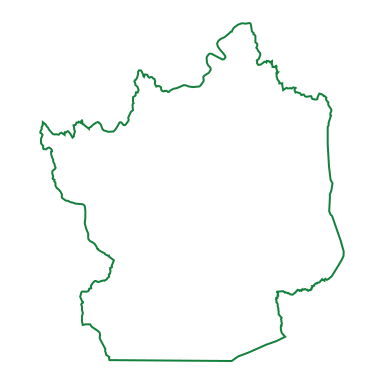 Siem Pang, Stœng Trêng, Cambodia (Natural Earth projection)
{"feature_id": "14789045B29647510840066", "entity_name": "Siem Pang", "entity_type": "district", "adm_level": 2, "iso_a3": "KHM", "parent_name": "Cambodia", "parent_adm1": "Stœng Trêng", "projection": "natural_earth1", "projection_center": [106.38, 14.216], "detail": "fine", "context": "isolated", "style": "outline", "palette": "green", "viewbox_px": 384, "rotation_deg": 0, "n_neighbors": 0, "source": "geoboundaries", "source_scale": "gbopen_adm2", "svg_char_len": 5809}
<svg xmlns="http://www.w3.org/2000/svg" viewBox="0 0 384 384"><path d="M331.0,115.6L330.4,115.5L330.3,114.3L330.4,112.9L331.3,111.4L331.3,109.4L328.5,105.4L328.2,104.1L328.3,102.1L327.4,101.6L326.3,100.0L326.0,99.0L326.4,97.8L324.7,96.1L323.6,96.0L323.3,95.2L321.2,94.0L319.3,93.6L317.6,97.1L317.3,99.1L315.8,99.6L312.6,99.0L311.9,98.4L311.4,96.6L310.9,96.1L306.1,96.8L304.9,96.2L303.9,94.6L303.1,94.5L301.3,95.1L300.2,93.3L296.4,92.1L295.5,92.5L294.5,90.1L294.9,88.8L295.7,88.0L295.4,87.8L294.7,88.1L293.6,87.4L292.7,87.7L291.6,88.6L290.4,88.1L288.0,88.5L286.5,87.8L283.2,90.1L282.2,84.9L282.3,83.3L279.3,83.4L279.4,81.9L277.4,79.4L277.3,78.4L276.6,76.6L276.6,74.1L277.9,72.5L276.6,72.6L277.3,70.9L276.2,68.5L276.6,66.4L276.1,65.8L274.3,67.1L272.5,67.0L272.3,64.9L271.5,63.9L271.9,63.4L272.0,61.1L270.0,62.3L268.9,61.2L266.9,60.9L266.4,62.5L265.1,61.6L264.6,61.7L260.7,64.6L258.2,64.9L257.9,64.5L257.0,63.0L257.2,61.2L256.8,60.6L257.1,60.1L258.7,59.1L260.2,55.4L260.2,53.7L259.8,52.6L258.3,51.1L257.1,48.6L256.3,47.8L257.1,46.3L257.3,44.0L255.4,42.2L255.4,35.9L254.6,34.8L253.5,34.3L253.7,33.2L252.0,31.5L250.8,24.5L250.5,23.7L249.7,23.0L245.9,23.6L241.7,23.3L237.8,24.8L234.0,27.6L232.4,30.0L231.9,31.6L230.7,31.8L228.5,34.0L224.5,37.2L220.6,39.0L218.5,40.7L217.1,43.4L217.8,46.5L219.9,49.5L224.1,54.4L225.3,56.3L225.4,57.3L224.0,59.2L222.4,59.5L211.3,53.7L209.4,53.8L208.5,54.6L207.0,56.6L206.6,58.0L207.0,62.8L208.2,65.4L210.3,67.5L210.7,68.6L210.6,69.9L208.9,72.7L204.3,75.7L203.5,76.6L203.3,77.3L203.7,80.3L203.4,81.6L200.2,85.9L199.2,86.5L192.7,87.1L188.5,86.4L186.3,85.5L183.9,85.1L177.0,88.1L173.4,88.8L170.1,90.6L168.9,91.9L168.1,92.0L166.5,90.8L165.7,91.1L164.6,90.8L163.7,91.4L162.4,91.1L161.2,89.6L161.0,87.4L160.5,86.8L159.2,86.2L158.0,86.0L156.3,86.6L154.8,83.7L155.2,81.3L154.4,78.9L153.4,78.7L152.0,77.1L150.9,77.0L149.3,77.7L148.3,76.9L147.4,74.9L145.2,74.4L144.8,74.5L144.0,76.9L143.4,76.2L143.1,74.5L141.2,70.6L139.1,70.3L138.0,71.9L138.2,73.5L137.1,77.8L135.8,79.8L134.8,80.3L134.4,81.6L135.1,82.6L135.5,85.1L137.5,86.9L138.6,90.0L137.6,92.6L136.2,92.2L135.8,92.9L135.5,95.6L133.1,97.1L132.9,101.4L133.6,103.1L132.8,103.9L132.5,105.4L133.0,110.1L130.8,112.0L128.2,117.7L128.7,119.9L128.4,120.8L125.7,124.6L124.9,125.1L123.5,125.0L121.2,122.4L120.1,122.2L119.1,123.0L118.2,125.1L115.4,129.5L113.5,131.5L108.2,131.8L103.5,130.3L102.3,128.7L100.9,124.9L100.1,123.6L99.1,123.1L98.5,122.2L97.7,122.1L96.1,122.7L93.0,124.8L90.8,127.0L88.7,128.0L88.8,128.7L84.3,125.1L84.0,124.5L83.0,124.3L82.6,123.8L82.2,120.9L81.9,120.4L81.2,121.1L81.0,123.0L78.7,121.7L78.2,122.5L76.6,122.5L75.5,124.9L73.5,125.3L74.2,127.7L74.3,130.0L75.0,131.5L73.8,135.0L73.9,136.3L72.5,137.6L70.4,133.9L68.4,131.5L67.6,131.2L65.9,132.5L65.0,132.1L64.7,132.4L64.6,134.9L61.5,132.7L60.0,133.4L58.7,134.7L56.0,134.2L54.4,134.5L52.9,134.0L49.1,129.8L48.1,127.8L46.8,126.5L45.8,124.7L42.8,122.2L42.7,125.3L41.6,127.2L41.7,129.2L40.7,130.7L40.3,132.3L40.4,133.0L41.4,133.3L42.6,134.9L40.9,139.1L41.1,143.5L43.2,145.9L43.1,148.2L43.7,149.1L46.1,149.3L47.5,148.1L48.5,147.6L49.4,147.7L51.1,148.9L51.8,150.0L52.0,151.3L51.1,151.7L51.2,154.6L52.3,158.1L53.1,159.4L53.3,161.8L54.6,164.2L54.7,165.5L55.6,167.7L55.3,168.6L52.8,170.7L52.4,171.4L52.2,173.4L53.2,176.3L52.6,178.4L52.9,179.0L54.5,179.8L54.2,181.2L55.4,182.6L55.5,185.6L55.9,186.6L57.0,188.2L58.7,189.5L60.7,191.9L62.0,194.7L61.7,197.1L62.0,197.8L64.5,199.7L65.9,200.6L67.8,200.8L70.6,202.2L72.8,202.6L75.3,203.6L82.2,204.2L83.2,204.5L84.3,205.3L84.8,206.3L85.4,211.0L85.3,218.3L84.7,223.1L86.1,228.5L88.2,233.6L88.2,237.8L88.6,239.4L90.2,241.2L92.8,242.5L94.7,243.9L96.6,246.9L97.2,248.7L98.1,248.9L98.2,249.6L100.8,251.4L104.5,253.2L105.0,254.1L106.5,255.1L107.6,255.3L108.5,256.2L109.0,255.8L109.5,257.0L113.9,260.3L111.7,265.8L112.0,267.1L110.1,268.1L110.5,268.8L110.1,269.5L110.5,271.1L110.0,273.6L108.8,274.4L109.2,276.8L107.2,278.3L106.8,279.3L104.4,280.7L104.0,280.4L102.5,280.7L98.1,282.1L95.9,281.0L94.7,281.1L93.1,282.6L90.9,285.7L91.2,288.3L89.2,288.7L88.8,290.5L88.2,291.1L86.7,291.7L82.2,291.5L81.3,292.5L80.2,296.8L82.1,301.3L83.0,302.0L83.0,302.6L81.6,303.6L81.2,304.6L82.0,306.6L82.0,310.2L82.9,313.0L81.9,316.4L82.0,320.9L82.7,325.0L85.6,324.3L90.0,324.3L91.8,326.8L98.0,331.0L99.6,332.6L100.0,334.7L99.7,338.0L100.2,339.4L105.3,348.9L105.2,351.4L105.7,352.6L106.1,354.8L109.3,356.9L109.0,357.9L109.4,360.1L231.7,361.0L238.0,356.5L248.6,352.5L265.9,344.8L276.4,341.1L285.2,336.8L281.7,332.9L280.9,329.8L280.8,326.6L280.9,326.1L281.6,325.7L281.2,325.0L281.7,324.3L281.9,323.0L281.4,321.9L281.4,320.4L281.0,319.2L281.7,317.9L278.6,314.3L278.7,311.4L278.2,309.6L278.4,308.5L277.7,306.4L277.7,304.2L277.0,302.6L276.4,302.4L276.5,300.0L276.0,299.3L276.6,298.5L276.2,298.1L276.4,297.7L277.3,297.9L277.5,296.6L278.2,295.9L277.5,295.0L278.2,294.1L278.0,293.0L277.0,292.3L277.1,291.7L283.2,291.2L284.1,291.9L284.6,291.9L284.8,292.5L286.2,292.5L287.7,293.2L288.2,292.9L290.1,294.3L292.6,294.7L294.7,292.9L295.5,292.6L295.8,291.7L296.9,290.9L297.5,289.8L298.4,289.9L299.4,290.8L299.8,290.3L300.3,290.6L301.2,290.0L300.9,290.8L301.2,290.9L302.3,289.9L304.1,289.5L304.3,289.1L305.3,289.1L306.9,290.0L307.4,289.8L307.7,290.5L308.4,290.8L309.8,289.9L310.4,290.1L311.1,289.7L310.9,289.5L311.6,287.8L311.9,288.0L312.3,287.6L312.7,286.4L312.4,286.0L314.0,285.8L313.9,285.3L315.3,283.8L316.9,283.4L316.8,282.9L319.5,282.3L322.0,279.3L322.4,280.0L323.0,279.8L324.1,280.5L324.0,279.8L324.4,279.5L324.8,279.8L325.6,279.0L325.8,279.5L326.9,279.8L328.5,279.0L330.9,277.0L332.0,275.9L338.6,265.2L341.9,259.5L343.5,256.0L343.7,251.4L340.7,240.8L332.1,216.0L330.5,214.5L329.2,211.3L329.9,197.8L329.8,194.4L331.3,190.8L332.5,183.5L332.3,182.8L330.6,179.9L329.0,166.5L327.7,144.4L327.7,126.9L328.6,125.4L328.6,122.8L331.0,115.6Z" fill="none" stroke="#15803d" stroke-width="2"/></svg>